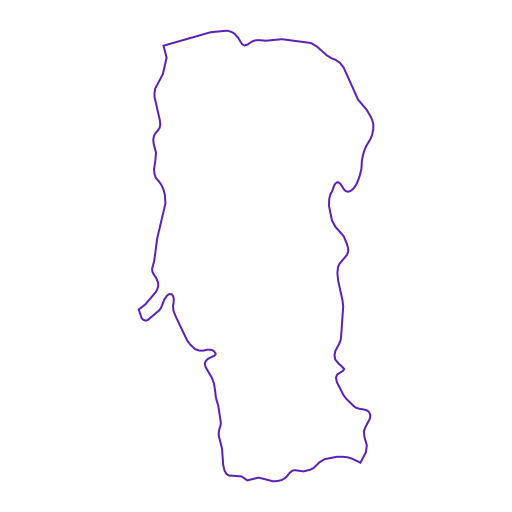 an SVG outline of Arges
{"feature_id": "ROU-302", "entity_name": "Arges", "entity_type": "County", "adm_level": 1, "iso_a3": "ROU", "parent_name": "Romania", "parent_adm1": "", "projection": "orthographic", "projection_center": [24.918, 44.995], "detail": "fine", "context": "isolated", "style": "outline", "palette": "violet", "viewbox_px": 512, "rotation_deg": 0, "n_neighbors": 0, "source": "natural_earth", "source_scale": "10m", "svg_char_len": 2511}
<svg xmlns="http://www.w3.org/2000/svg" viewBox="0 0 512 512"><path d="M366.8,110.0L371.0,117.2L372.4,120.7L373.3,124.4L373.3,128.8L372.1,135.0L370.5,138.9L366.4,145.7L364.6,149.7L363.1,154.6L361.9,160.5L361.4,169.1L359.4,176.8L357.1,182.9L355.0,186.6L352.6,189.4L350.3,191.1L347.9,191.7L345.6,191.0L343.8,189.2L340.8,184.3L339.0,182.6L337.3,182.2L335.7,183.3L334.4,185.0L331.9,191.7L330.5,194.0L329.2,199.0L329.0,206.0L332.0,220.7L335.5,226.9L343.8,236.4L346.8,243.6L348.1,248.2L348.2,251.6L347.0,254.9L339.6,263.6L338.0,267.0L337.4,273.0L338.1,280.4L342.5,300.4L343.2,306.3L341.1,336.6L340.5,340.5L339.2,343.8L335.3,351.1L334.5,355.2L335.2,359.5L338.9,363.9L341.8,366.4L344.2,369.0L343.1,370.7L337.2,374.5L336.0,377.6L336.8,382.1L343.6,395.3L346.4,398.9L353.7,406.1L355.9,407.7L358.7,408.6L364.8,409.7L367.3,410.6L369.2,412.3L370.3,415.0L370.0,418.4L365.3,427.4L363.9,431.1L364.3,436.1L365.1,439.5L366.1,442.6L366.8,445.3L365.9,452.3L360.4,462.7L351.8,458.6L347.6,457.3L342.9,456.8L336.9,456.8L324.9,459.1L319.4,462.3L313.5,468.1L309.9,469.8L303.4,471.4L295.1,470.2L292.5,470.6L289.8,472.7L286.4,476.9L284.4,478.5L281.7,480.0L277.6,481.0L273.1,481.3L258.6,477.6L247.3,480.4L241.6,476.4L228.8,475.5L226.3,473.8L224.5,470.6L223.2,465.0L222.0,448.6L218.9,436.2L218.7,433.0L219.2,429.9L220.6,425.1L220.8,422.6L218.3,405.9L216.5,399.9L215.7,396.3L215.3,391.9L214.0,383.6L211.9,377.9L205.5,366.9L204.8,363.5L205.6,361.4L207.1,359.5L209.4,358.0L214.0,355.9L215.3,354.9L215.6,353.5L214.3,351.6L212.2,350.0L207.6,349.6L203.5,350.6L199.3,350.6L195.2,349.2L189.9,344.2L186.9,340.0L175.2,315.4L173.4,310.4L173.0,306.1L173.6,302.6L173.8,299.4L173.2,296.4L171.8,294.3L169.4,294.0L167.2,295.4L164.3,299.5L161.7,306.3L160.6,308.5L158.8,310.7L148.1,319.7L145.8,320.7L143.5,319.9L141.7,318.3L138.7,309.5L145.3,304.4L155.7,292.2L157.4,289.0L158.3,285.8L158.0,282.6L156.3,278.2L154.1,275.0L152.4,271.8L152.1,268.7L154.2,261.0L157.2,238.5L165.4,203.6L164.9,194.9L163.4,189.3L161.4,185.0L159.6,182.3L155.8,177.8L154.5,174.1L154.0,169.3L155.2,161.7L156.0,152.6L153.6,143.6L153.3,139.5L153.9,136.1L155.4,133.3L157.6,130.8L159.6,127.9L160.3,124.5L159.8,120.1L154.5,96.8L154.5,92.6L155.2,88.6L162.9,74.0L166.6,57.6L163.5,45.7L210.7,32.2L227.0,30.7L231.0,31.7L234.4,33.6L238.5,38.3L240.5,41.7L242.3,44.4L244.4,45.5L247.5,44.6L252.1,41.5L255.2,40.4L258.3,40.1L266.0,40.7L282.0,39.2L310.9,43.0L317.1,46.7L326.9,55.4L331.4,58.2L335.5,59.8L339.8,62.7L343.6,67.5L358.1,99.7L366.8,110.0Z" fill="none" stroke="#5b21b6" stroke-width="2"/></svg>